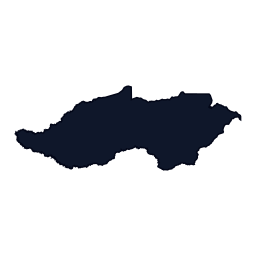 Itiquira, Mato Grosso, Brazil
{"feature_id": "56859067B35371788967725", "entity_name": "Itiquira", "entity_type": "district", "adm_level": 2, "iso_a3": "BRA", "parent_name": "Brazil", "parent_adm1": "Mato Grosso", "projection": "orthographic", "projection_center": [-54.701, -17.321], "detail": "fine", "context": "isolated", "style": "filled", "palette": "ink", "viewbox_px": 256, "rotation_deg": 0, "n_neighbors": 0, "source": "geoboundaries", "source_scale": "gbopen_adm2", "svg_char_len": 5834}
<svg xmlns="http://www.w3.org/2000/svg" viewBox="0 0 256 256"><path d="M69.3,167.9L70.0,168.5L71.2,168.8L72.2,168.3L73.0,166.2L73.4,165.8L74.2,166.1L74.6,165.7L75.3,166.7L76.0,166.1L76.6,166.4L77.6,166.2L78.6,167.5L78.8,167.2L79.6,167.5L79.6,167.1L80.6,167.3L80.9,166.9L81.1,167.1L82.3,167.1L84.0,166.7L84.1,166.2L84.6,166.5L84.9,166.1L85.9,166.7L86.4,166.6L86.6,167.0L87.0,166.8L87.9,165.3L88.2,165.7L89.2,164.6L90.0,164.9L89.9,164.4L90.3,164.2L90.8,164.4L92.3,164.1L92.8,163.5L96.1,163.3L97.6,163.7L98.3,164.8L98.8,164.9L99.4,164.4L100.1,164.4L102.5,165.1L103.4,164.0L104.8,164.0L106.0,163.4L106.5,163.5L107.2,162.7L107.0,162.0L107.9,161.7L109.4,160.1L110.7,160.0L112.1,158.7L113.9,158.4L114.3,157.9L114.0,156.6L114.7,155.6L114.7,154.1L115.8,152.4L117.7,151.9L119.0,152.2L119.4,151.7L121.1,150.8L121.3,149.7L121.7,150.2L123.5,150.8L123.9,150.2L125.0,150.4L126.2,149.6L126.5,148.8L129.1,149.3L130.0,148.8L132.0,148.4L134.3,147.2L135.1,146.1L135.6,146.7L136.8,146.9L136.5,147.6L136.8,147.8L137.2,147.5L138.1,148.1L138.3,148.5L139.3,148.2L140.5,147.2L141.5,147.3L141.8,147.7L142.3,147.5L143.4,147.8L143.7,147.5L144.4,147.6L145.9,148.6L147.0,148.5L146.7,149.1L147.8,149.8L147.4,150.9L147.7,151.3L147.4,151.6L148.4,153.3L150.1,154.1L152.5,154.3L152.8,154.7L153.8,154.6L154.8,155.5L154.7,156.1L155.7,156.7L155.7,157.6L156.0,157.9L156.9,158.0L157.4,158.7L158.4,158.9L158.6,159.3L158.0,160.6L158.8,161.6L158.2,162.5L158.6,162.5L158.6,163.0L159.3,163.2L158.3,165.8L157.9,166.2L158.0,166.7L160.2,168.0L161.6,168.5L162.3,169.3L163.3,169.3L163.6,169.8L164.8,169.6L167.8,169.8L169.2,168.9L169.7,169.1L171.8,168.7L171.9,168.3L174.0,167.2L174.7,165.9L177.2,164.9L178.2,164.8L179.3,163.9L180.0,164.1L180.8,163.1L182.6,162.8L183.6,163.3L185.1,163.1L186.1,164.2L186.6,163.8L187.7,164.6L188.9,164.1L189.3,164.6L189.9,164.5L190.2,164.1L191.8,164.1L193.4,164.6L194.3,164.3L194.1,163.8L194.1,162.9L194.8,162.0L194.8,160.8L196.5,159.3L197.3,157.8L197.2,155.9L198.0,154.7L197.6,153.9L197.0,153.6L197.1,153.0L196.7,152.7L196.6,151.8L198.2,150.2L198.5,150.2L199.0,148.4L200.7,147.3L203.3,146.7L204.0,146.2L205.3,146.9L206.4,146.6L207.5,145.4L208.9,145.1L209.5,144.3L211.2,143.1L211.9,141.7L212.8,141.0L213.4,139.6L215.9,137.3L216.6,137.0L217.7,134.8L218.8,134.0L223.0,132.6L223.3,131.8L222.8,130.0L223.3,127.7L224.6,125.0L226.2,124.1L228.6,124.1L230.4,121.1L231.0,120.7L231.4,119.1L231.8,118.7L233.3,118.5L234.7,117.2L238.1,116.8L239.4,117.7L239.3,118.4L239.6,119.1L240.6,119.8L240.6,116.5L240.3,115.6L239.5,114.9L238.5,114.7L236.3,112.2L235.6,112.0L234.5,112.6L230.4,111.3L227.7,109.5L227.3,108.3L226.6,107.8L226.4,107.1L223.5,106.9L223.1,106.1L222.3,106.0L221.2,105.2L218.5,104.6L217.6,103.6L216.7,103.8L216.3,104.8L214.9,105.4L215.0,105.8L214.3,105.8L213.2,107.2L212.3,107.4L211.8,107.1L211.5,107.4L211.4,108.2L211.1,108.0L210.6,107.2L210.4,108.0L209.2,107.5L209.0,107.2L209.9,105.0L211.4,102.8L211.9,100.3L210.2,95.4L209.1,94.1L185.0,94.0L184.1,93.4L183.1,92.1L182.2,92.0L181.1,92.6L178.7,96.3L177.8,97.0L175.2,97.1L173.5,97.7L172.1,97.1L169.7,99.8L167.4,99.3L166.1,99.8L163.1,99.8L162.2,99.4L159.4,100.7L158.0,101.0L156.5,100.5L155.5,101.2L154.3,101.6L151.0,101.3L150.4,101.8L149.7,101.5L148.6,102.3L147.8,102.3L145.8,100.5L143.2,99.9L140.8,98.2L139.7,98.4L136.8,97.6L131.4,99.6L131.2,87.0L128.5,86.2L126.8,86.4L124.3,87.6L122.5,90.5L118.5,93.5L105.1,97.4L103.3,97.5L101.0,98.0L100.1,97.7L98.5,97.7L95.5,99.9L95.1,99.1L94.1,99.5L93.6,99.4L92.8,100.4L93.1,101.0L91.7,102.0L90.2,101.7L89.8,101.8L89.8,102.3L88.2,102.3L87.0,102.8L85.9,102.3L84.7,102.6L84.5,101.9L83.2,101.4L82.3,101.9L81.8,101.9L80.6,103.0L79.4,103.5L79.3,104.3L76.9,104.8L76.2,105.2L76.5,105.8L76.4,106.3L75.5,106.4L74.8,107.0L74.5,107.9L72.3,111.3L70.6,111.3L70.8,111.7L69.9,112.6L68.9,112.1L67.8,112.2L67.0,113.1L66.5,113.2L66.0,114.0L64.6,114.3L64.2,114.9L64.5,115.8L64.3,116.2L63.4,116.4L62.8,117.7L61.5,118.4L61.4,119.3L62.0,120.2L61.3,121.7L59.9,121.6L57.8,123.0L56.9,123.3L56.6,124.4L55.5,124.9L54.8,124.4L53.3,125.0L51.3,124.3L50.8,124.4L50.5,125.5L50.7,126.8L49.8,127.9L50.0,128.2L49.4,128.9L47.7,129.9L46.6,129.7L46.2,130.1L44.9,130.2L44.9,129.8L44.5,130.0L44.7,131.2L44.3,131.3L43.6,132.9L43.0,133.3L41.2,132.3L39.5,133.3L38.7,132.6L38.1,133.0L37.7,132.7L35.1,134.2L35.0,133.8L34.6,133.9L34.3,133.6L34.2,133.1L33.4,133.3L33.3,132.8L32.8,133.0L32.5,132.5L32.0,132.4L31.7,132.1L31.9,131.5L29.2,131.4L28.8,131.8L28.4,131.1L28.0,131.1L27.2,132.0L26.1,130.9L26.1,131.4L24.3,130.3L23.6,129.4L22.4,129.6L21.7,130.2L20.3,130.2L19.8,131.1L18.9,131.0L19.1,131.4L18.3,132.2L17.0,132.0L16.5,132.5L16.6,134.1L15.9,133.0L15.9,133.5L15.4,133.9L16.5,134.7L17.0,134.5L17.3,134.8L16.9,135.2L17.6,135.3L17.3,136.7L17.6,137.2L17.3,137.8L17.9,138.0L17.3,138.3L17.4,138.9L17.0,139.5L17.4,140.6L17.7,140.3L18.5,140.3L18.3,140.8L18.7,142.1L19.3,142.2L19.9,142.9L20.3,142.8L21.5,143.8L20.8,143.8L20.7,144.2L21.0,144.5L22.4,144.8L22.3,145.3L22.8,145.4L23.0,146.3L23.4,146.1L24.9,146.8L24.6,147.9L25.6,148.2L26.8,147.9L26.9,148.5L28.6,148.2L28.8,147.8L29.5,147.6L30.0,148.0L30.6,147.9L32.2,149.4L32.2,149.9L32.8,150.2L32.9,151.0L33.5,151.4L34.1,151.5L33.9,150.9L35.2,151.5L35.9,151.3L37.3,151.9L38.5,151.7L40.0,152.1L40.2,152.7L40.8,152.5L41.3,153.1L41.9,152.0L42.4,152.8L43.9,153.4L44.6,154.0L44.6,155.1L45.0,156.0L46.2,156.1L46.6,155.8L47.8,156.6L48.1,156.5L47.5,156.1L48.3,155.3L49.2,155.7L50.9,155.2L51.6,155.3L51.8,155.6L51.4,156.3L52.7,156.6L52.2,157.4L52.7,157.2L53.8,158.0L53.8,157.4L54.6,157.1L55.2,158.1L54.8,158.3L55.2,159.6L55.8,159.2L56.2,159.5L56.7,160.6L56.5,161.4L57.6,162.4L57.7,161.7L58.1,162.4L58.8,161.8L60.5,163.3L60.6,163.8L59.7,163.6L60.1,164.4L62.0,164.1L62.2,164.5L63.2,164.7L63.4,165.6L64.4,164.8L64.4,165.3L65.7,166.1L65.6,166.7L66.4,166.5L66.1,166.9L66.3,167.3L66.8,167.0L67.2,167.4L68.0,167.6L69.5,167.2L69.3,167.9Z" fill="#0f172a" stroke="#020617" stroke-width="1.5"/></svg>